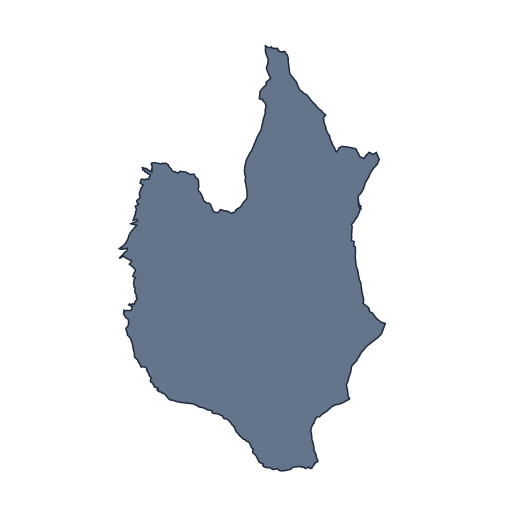 the district of Slimnic, Sibiu, Romania, rotated 277°
{"feature_id": "2599482B85072360210848", "entity_name": "Slimnic", "entity_type": "district", "adm_level": 2, "iso_a3": "ROU", "parent_name": "Romania", "parent_adm1": "Sibiu", "projection": "equal_earth", "projection_center": [24.168, 45.943], "detail": "fine", "context": "isolated", "style": "filled", "palette": "slate", "viewbox_px": 512, "rotation_deg": 277, "n_neighbors": 0, "source": "geoboundaries", "source_scale": "gbopen_adm2", "svg_char_len": 6085}
<svg xmlns="http://www.w3.org/2000/svg" viewBox="0 0 512 512"><g transform="rotate(277 256 256)"><path d="M125.8,366.4L127.0,365.2L128.4,364.5L134.5,363.0L139.0,361.4L143.1,362.5L148.7,363.3L152.1,364.1L158.2,364.3L164.8,369.0L165.3,368.8L169.9,371.1L172.0,371.7L180.0,376.9L190.0,387.0L194.2,390.1L204.8,392.6L205.6,388.2L208.0,384.3L209.9,381.9L213.5,378.7L214.7,375.4L217.5,374.7L218.3,374.1L222.2,368.0L224.1,368.3L226.7,368.0L232.6,365.7L242.3,363.2L244.6,361.7L248.8,360.3L249.4,359.8L251.7,359.5L255.1,358.3L258.1,356.6L268.8,354.3L270.3,354.5L276.9,353.6L277.5,353.0L277.6,351.8L282.3,351.6L282.6,350.8L282.6,349.1L283.3,348.7L286.2,348.8L287.1,348.4L297.3,347.8L298.2,347.1L299.1,346.9L301.3,348.8L304.4,350.0L307.0,351.7L313.8,353.6L315.7,353.4L316.2,353.9L316.0,354.3L316.9,353.9L316.7,353.6L316.8,352.7L317.3,352.4L317.7,353.3L317.2,353.9L317.7,354.2L318.7,353.7L318.4,353.0L319.2,352.5L318.9,351.8L319.9,352.1L319.8,351.8L321.8,351.4L321.8,350.8L324.0,351.1L324.9,350.4L327.9,350.1L331.1,352.5L335.8,354.5L341.9,355.5L349.2,358.7L351.2,358.9L353.3,359.9L357.3,361.9L362.1,365.4L364.5,365.7L366.7,366.7L373.4,362.8L371.0,359.3L372.3,357.1L372.6,355.3L370.2,354.0L369.9,353.3L365.9,351.1L367.3,347.2L367.8,346.5L370.3,345.2L371.8,343.7L373.7,342.9L374.7,341.7L375.4,332.7L375.3,328.0L374.3,326.3L373.3,325.1L370.6,324.4L369.0,323.0L372.4,321.0L376.3,318.1L378.7,317.1L380.2,315.7L384.5,314.3L385.6,313.0L390.7,309.6L391.4,310.0L396.9,307.2L401.5,306.2L402.1,306.3L404.3,308.1L406.7,304.5L407.9,303.6L409.9,300.2L411.4,298.3L413.7,296.1L415.7,293.4L418.5,290.3L421.8,287.3L423.6,283.2L425.0,281.6L425.4,280.2L426.8,278.8L430.8,276.3L432.1,275.9L434.0,274.5L440.5,267.8L441.8,267.1L452.9,264.3L455.6,264.1L459.5,262.5L460.7,260.6L462.4,259.9L462.6,259.4L462.0,258.2L462.0,257.5L461.5,257.2L461.9,256.1L461.8,254.3L462.7,253.7L462.9,253.1L464.8,252.0L464.2,250.9L464.6,249.7L463.9,248.4L464.5,247.7L464.3,246.6L465.4,245.9L464.5,243.9L464.3,242.4L465.4,241.0L465.3,240.4L466.2,239.3L464.4,240.1L461.1,240.2L457.9,241.3L452.4,244.2L448.4,244.3L444.9,243.4L443.2,243.6L437.0,246.9L434.3,249.0L429.5,244.8L427.9,245.4L426.2,244.6L424.7,243.1L420.1,240.0L412.5,240.1L412.0,242.2L412.3,243.5L410.3,244.4L410.2,245.0L409.1,246.3L406.2,247.7L401.4,247.3L399.3,247.8L393.1,246.7L381.5,245.6L375.0,242.9L359.9,238.8L358.0,237.6L350.5,234.8L344.8,234.1L339.6,234.1L336.4,234.7L333.2,236.1L328.9,235.9L327.2,236.8L319.1,239.2L313.3,240.0L311.6,239.8L307.5,236.9L302.8,234.7L299.5,230.5L297.4,230.0L295.4,226.3L295.4,225.6L296.0,224.9L297.1,221.9L297.0,219.1L297.8,215.1L295.0,213.5L294.3,212.6L294.6,208.9L296.0,207.7L301.8,204.5L302.6,203.2L302.8,202.3L302.6,200.8L303.1,199.4L303.9,198.7L304.1,197.7L309.6,194.9L312.4,192.7L313.8,190.9L314.7,190.4L317.5,190.8L323.5,189.8L325.5,188.7L326.9,186.3L329.7,184.6L328.9,180.3L330.7,176.6L330.8,170.2L329.0,168.5L328.8,167.8L329.9,165.4L329.5,164.3L330.5,162.2L332.4,161.1L333.6,159.1L335.7,158.0L337.1,155.1L336.6,152.9L336.7,152.0L335.8,150.4L336.3,143.6L335.4,141.0L334.0,140.9L332.5,142.1L329.6,141.9L329.0,142.4L328.5,141.8L327.9,142.5L326.7,142.4L327.9,139.3L329.5,136.5L329.5,134.8L329.9,132.4L327.3,133.4L327.4,135.1L326.0,135.5L325.4,137.9L324.4,138.8L324.1,140.7L323.0,141.2L321.6,140.4L319.4,140.4L319.0,140.0L319.3,139.0L319.0,137.3L318.0,136.3L318.3,135.2L318.3,132.8L314.3,132.0L312.6,135.5L309.0,133.5L303.2,132.6L301.9,133.1L301.5,133.7L299.4,133.6L296.4,130.8L294.2,131.7L292.7,133.1L290.8,130.1L287.3,131.8L285.2,131.1L282.2,131.3L281.9,131.1L282.2,130.9L281.9,130.8L276.4,129.7L277.9,133.2L276.3,134.2L272.7,127.7L272.5,128.0L272.6,128.9L271.9,133.9L266.1,129.7L263.3,128.2L260.3,127.2L258.0,127.0L252.4,124.9L251.1,123.6L249.0,122.5L247.8,121.0L248.3,121.0L246.6,119.4L246.3,121.3L246.7,122.4L246.4,122.7L247.9,127.2L245.6,127.2L242.9,124.6L242.6,124.8L237.5,120.8L237.3,121.1L237.5,121.8L238.2,122.3L238.5,123.1L239.9,124.2L239.0,125.3L237.7,128.2L236.0,133.0L234.7,132.8L232.4,131.3L230.0,135.3L227.7,137.8L226.2,138.0L224.3,137.0L220.7,136.2L219.9,139.1L217.7,137.8L216.5,138.0L214.1,137.7L212.7,138.4L210.7,138.7L209.7,139.4L209.5,140.1L206.0,139.9L201.7,142.4L201.2,142.0L198.6,143.3L196.7,141.9L193.1,140.8L193.6,139.2L192.1,138.3L193.1,136.4L192.1,135.6L191.0,138.0L190.6,139.5L187.1,138.8L186.4,137.4L186.2,133.9L185.7,132.9L186.1,131.5L182.3,131.6L178.7,134.5L177.8,136.6L176.4,137.3L172.1,137.8L170.5,137.2L168.4,135.7L167.2,135.9L163.3,137.9L161.9,138.0L160.0,140.3L158.4,141.8L156.8,142.5L152.6,144.4L149.7,145.1L144.8,147.1L141.5,147.6L140.5,148.1L138.3,151.3L136.6,152.1L133.5,154.7L132.0,155.1L131.8,155.8L132.2,157.1L132.2,159.6L131.1,161.3L129.1,161.5L126.2,163.8L124.2,164.7L122.3,166.8L120.0,166.3L118.4,166.6L117.1,168.8L116.1,169.4L115.3,170.3L113.4,171.3L113.2,174.2L112.7,175.1L112.1,175.1L111.3,174.1L110.6,174.4L109.5,176.8L109.6,177.6L108.3,180.0L108.3,181.4L107.2,183.0L103.4,186.9L102.6,188.6L102.8,190.4L102.0,194.1L101.5,198.2L101.6,211.1L100.5,215.5L99.2,217.9L98.9,222.6L97.3,226.8L97.4,229.4L96.9,231.2L95.6,231.3L94.9,232.1L94.5,233.9L94.8,236.0L94.2,239.0L93.5,240.6L93.3,242.1L91.7,243.0L90.6,244.3L90.7,247.2L87.6,251.1L85.7,252.6L84.2,254.7L79.3,257.7L78.3,258.7L77.6,260.0L76.1,261.1L72.4,266.2L72.6,267.2L70.8,269.5L70.8,270.8L69.4,272.6L65.4,274.7L63.9,276.7L61.4,276.4L60.3,277.0L58.0,280.2L51.9,284.2L51.3,285.3L50.5,288.4L48.9,288.2L47.5,290.0L47.6,291.6L47.1,293.3L47.6,294.1L47.7,295.1L46.3,298.5L46.2,299.7L47.6,303.1L46.0,304.9L45.8,307.6L46.7,311.7L48.6,316.6L50.2,317.6L51.2,319.5L51.5,320.6L51.4,321.4L52.3,324.1L52.2,324.6L52.6,325.0L52.0,326.8L52.2,329.6L51.4,330.1L51.2,331.3L53.0,334.0L52.2,334.9L51.7,335.9L52.1,337.3L53.2,337.4L56.5,339.5L57.2,339.3L57.5,339.9L58.3,340.2L59.2,342.2L59.7,342.3L60.9,342.2L63.2,340.6L66.6,339.7L67.4,338.8L69.0,338.2L70.6,336.8L71.4,337.2L73.2,336.8L77.8,335.3L80.5,333.9L84.8,333.1L89.7,331.6L93.3,332.1L96.6,333.2L96.8,333.9L98.9,334.0L102.3,335.3L103.5,335.8L104.2,338.7L106.7,340.6L110.1,344.7L115.8,349.8L117.9,353.0L119.3,357.1L120.4,359.2L124.9,365.6L125.8,366.4Z" fill="#64748b" stroke="#1e293b" stroke-width="1.5"/></g></svg>